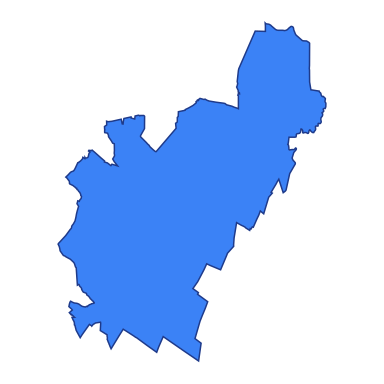 the district of Pachuca de Soto, Hidalgo, Mexico
{"feature_id": "50627088B83230284836349", "entity_name": "Pachuca de Soto", "entity_type": "district", "adm_level": 2, "iso_a3": "MEX", "parent_name": "Mexico", "parent_adm1": "Hidalgo", "projection": "equal_earth", "projection_center": [-98.775, 20.104], "detail": "fine", "context": "isolated", "style": "filled", "palette": "blue", "viewbox_px": 384, "rotation_deg": 0, "n_neighbors": 0, "source": "geoboundaries", "source_scale": "gbopen_adm2", "svg_char_len": 5891}
<svg xmlns="http://www.w3.org/2000/svg" viewBox="0 0 384 384"><path d="M178.4,111.7L178.2,116.5L177.3,117.4L177.3,121.1L177.2,121.9L176.9,122.4L175.6,123.3L176.1,128.3L156.2,151.6L155.5,151.6L154.5,150.9L153.1,149.7L149.9,146.7L149.1,145.3L147.5,143.9L147.1,143.4L146.2,142.4L140.8,137.0L140.5,136.5L140.5,136.0L140.6,135.6L144.3,129.0L144.5,128.6L144.6,116.9L144.6,116.3L144.3,115.9L143.8,115.5L140.4,115.5L139.9,115.8L139.5,115.7L139.0,115.3L138.4,115.2L135.1,116.0L134.7,119.0L131.1,118.0L131.2,117.0L131.1,116.9L123.9,118.5L123.3,121.7L123.1,124.0L122.2,123.9L121.2,119.2L111.8,121.3L108.1,121.7L106.6,121.2L106.7,125.0L104.5,126.5L104.6,129.2L104.8,129.4L104.6,130.9L104.7,132.6L107.6,133.2L108.6,135.9L108.5,136.7L111.5,141.1L112.6,143.1L114.3,143.8L114.4,150.6L114.2,153.2L114.5,154.8L114.5,155.9L112.7,159.0L114.2,161.6L117.6,165.9L111.9,164.2L110.9,165.6L107.4,162.9L104.4,162.0L104.6,161.0L101.1,158.0L94.6,152.2L92.1,150.1L91.6,150.6L88.9,150.3L88.5,151.0L89.2,151.6L90.0,152.1L89.0,153.4L88.5,155.4L88.4,156.3L88.2,156.8L87.5,157.6L86.4,158.0L85.7,158.0L85.4,158.0L85.0,157.4L85.0,158.4L84.9,158.7L82.9,157.3L82.4,159.0L80.4,161.1L79.0,162.0L78.8,162.5L77.8,162.7L75.1,168.5L74.0,170.4L73.4,171.0L71.3,171.8L70.5,172.3L67.9,175.1L65.8,177.1L67.0,178.1L68.5,180.2L69.1,180.9L69.4,181.8L69.5,183.6L69.7,183.9L73.1,185.6L74.5,186.8L75.1,187.1L75.4,187.6L76.1,188.2L76.7,188.3L76.8,188.8L77.0,189.5L77.8,189.9L78.8,191.5L79.6,192.2L80.5,193.9L80.7,194.6L80.8,195.5L81.5,196.4L81.2,198.3L80.8,198.9L80.1,199.6L79.4,200.7L79.3,201.3L77.8,200.8L77.0,203.7L78.6,206.3L77.3,210.7L76.5,213.9L75.9,217.3L75.0,221.0L73.2,224.2L72.2,225.4L71.7,226.3L71.6,227.4L71.2,228.5L70.4,229.2L65.7,235.6L58.6,243.3L58.1,244.1L59.3,246.7L59.9,249.3L60.1,250.8L63.4,255.5L64.9,256.0L65.4,256.5L66.6,257.2L70.3,259.2L73.6,262.3L74.4,263.5L75.5,267.0L76.2,267.7L77.4,285.2L78.8,284.4L79.2,284.8L79.6,286.0L80.1,286.7L80.7,287.1L81.6,288.5L81.6,289.3L81.9,289.8L82.2,290.5L83.3,292.1L86.1,293.2L86.5,293.5L86.7,294.7L87.0,295.1L88.5,296.1L89.9,297.9L90.2,298.6L91.3,299.5L92.6,301.0L93.0,301.1L93.3,301.3L93.7,302.2L94.2,302.6L94.1,303.1L93.9,303.3L91.7,303.7L90.9,304.2L89.5,304.7L88.2,305.6L87.9,305.8L87.5,306.3L87.5,306.5L87.3,306.6L86.8,306.3L86.3,306.4L85.7,306.9L85.3,307.0L82.8,306.5L81.9,306.2L80.5,305.3L79.4,304.4L77.8,303.6L76.8,303.3L74.4,303.0L72.6,302.3L70.6,301.2L70.4,301.4L69.9,302.4L69.4,304.0L68.9,306.6L71.6,309.1L72.3,310.0L69.3,312.6L71.1,314.7L71.3,314.3L73.7,316.4L73.5,316.7L74.3,317.3L72.0,317.4L73.2,320.1L74.1,321.7L74.4,323.3L74.4,324.9L74.9,325.3L76.2,330.4L80.2,337.7L82.1,334.7L89.4,324.4L91.7,325.9L91.8,326.1L93.2,324.4L93.8,324.0L94.4,323.8L95.4,323.0L100.5,322.2L100.7,323.1L100.3,330.6L107.1,334.8L107.1,336.2L107.4,337.7L107.2,339.5L107.4,339.7L108.3,342.2L109.0,343.6L109.1,344.2L109.5,345.0L110.0,346.4L111.1,348.8L119.1,335.7L123.2,329.2L133.4,335.7L135.8,337.4L136.3,337.5L147.3,345.6L156.7,352.3L158.7,346.9L163.2,336.6L184.7,351.5L198.6,361.0L201.1,343.2L195.0,338.6L200.0,321.3L202.8,314.2L202.8,314.3L205.4,308.0L207.7,301.7L197.6,294.3L198.4,292.6L192.9,288.6L197.7,281.7L204.0,269.7L206.7,263.8L210.3,265.5L220.6,269.8L226.7,255.3L227.5,253.2L233.7,246.3L233.6,244.9L234.1,237.9L236.6,222.6L241.4,225.3L243.6,226.3L245.1,227.2L245.7,227.9L249.7,230.4L250.2,228.6L251.0,229.0L252.3,226.9L253.3,227.2L256.9,219.0L258.7,215.3L260.3,211.0L263.7,213.8L268.7,197.2L272.3,193.1L271.1,192.3L276.2,183.8L277.1,182.0L278.8,179.2L283.2,192.7L285.1,191.3L285.8,190.5L286.1,189.9L289.7,173.6L295.2,164.1L295.3,163.6L295.3,163.0L295.1,162.5L293.0,160.1L292.4,158.8L292.2,158.3L292.2,157.8L293.8,152.5L296.0,149.9L296.2,149.5L296.4,148.9L296.2,148.4L296.1,148.2L295.5,148.0L294.6,149.1L294.2,149.4L293.1,149.7L292.3,149.5L289.7,149.9L289.4,149.9L289.0,149.5L288.9,148.8L288.8,146.9L288.7,146.8L288.6,145.6L288.3,144.8L287.8,144.5L288.3,143.0L289.0,137.2L294.7,137.2L295.9,137.0L296.1,136.5L296.3,135.6L296.3,134.5L296.5,134.2L296.9,133.8L299.1,133.4L299.7,133.2L300.3,132.4L300.6,131.9L300.8,130.9L300.9,129.4L300.9,129.1L301.3,129.0L301.9,129.3L302.6,130.4L302.8,131.4L302.7,132.5L302.8,132.8L303.1,132.9L303.5,133.0L304.7,132.5L305.3,132.5L306.2,132.6L307.7,133.4L308.2,133.3L308.7,132.5L309.0,131.0L309.5,130.1L309.7,129.9L310.1,130.0L311.0,131.3L312.4,132.5L313.7,132.6L314.0,132.1L314.2,131.6L315.2,130.4L315.6,129.6L315.6,128.1L315.4,127.0L315.5,126.5L315.7,126.3L316.0,126.0L317.9,126.1L318.1,125.8L318.1,123.8L318.2,123.5L318.9,123.3L319.4,123.6L319.9,123.6L320.4,123.4L320.9,122.7L321.2,122.1L321.2,121.4L320.8,119.6L320.9,118.6L321.0,117.9L321.5,117.1L322.1,116.4L322.5,115.7L322.7,114.2L322.6,113.8L322.1,113.1L322.0,112.8L322.1,112.6L323.1,112.0L323.7,111.3L323.7,110.7L323.2,109.4L323.3,108.9L324.3,108.4L325.2,108.5L325.8,106.8L325.9,103.5L325.7,102.8L325.1,101.9L325.0,101.5L325.1,100.4L325.3,99.4L325.4,98.9L325.3,98.4L324.9,98.0L323.5,96.6L323.2,96.4L322.6,96.6L322.3,96.5L322.0,96.3L321.2,95.1L321.0,94.1L320.7,93.1L319.3,91.8L319.2,91.1L310.9,89.8L309.6,82.0L309.5,70.0L309.3,68.6L309.5,65.4L309.6,43.2L308.9,42.4L306.6,41.0L303.0,40.8L302.1,40.4L296.1,35.1L295.4,34.0L293.8,30.0L293.5,28.1L293.2,27.3L292.5,26.7L291.6,26.4L290.9,26.5L289.1,27.9L287.4,29.6L286.1,30.3L284.4,30.6L283.0,30.3L278.2,30.3L276.9,30.1L275.6,29.5L271.6,26.1L270.7,25.2L270.0,24.8L268.9,24.2L266.0,23.8L265.2,23.0L265.4,26.1L265.4,31.4L255.2,31.1L238.8,68.7L238.4,70.5L237.2,81.6L237.7,83.6L237.0,86.3L236.6,87.0L238.3,90.7L238.2,91.8L239.4,92.8L239.5,93.5L239.5,93.8L238.4,93.1L238.2,94.3L237.8,95.2L238.4,95.7L238.4,108.7L237.5,108.3L234.2,107.2L231.9,106.2L226.6,104.8L225.0,103.5L223.6,103.2L216.0,102.2L209.0,101.0L206.9,100.2L205.0,99.1L204.1,99.5L200.0,98.4L198.9,99.3L197.8,99.9L198.4,100.4L198.0,100.7L197.5,100.3L196.0,101.7L196.3,102.5L196.0,103.0L193.1,105.4L188.5,108.0L185.2,109.6L185.1,110.3L178.4,111.7Z" fill="#3b82f6" stroke="#1e3a8a" stroke-width="1.5"/></svg>